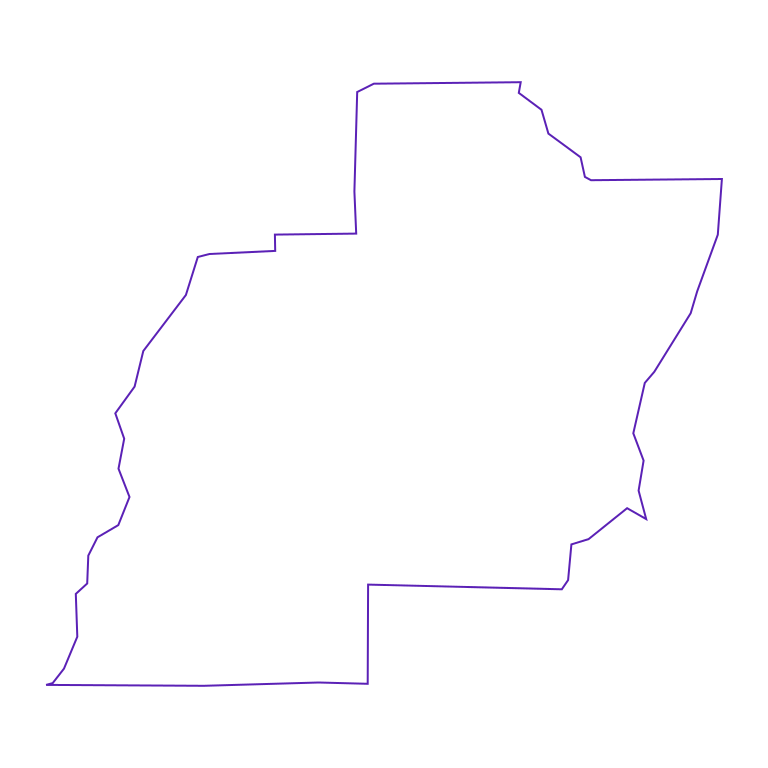 outline of Barbour, Alabama, United States of America
{"feature_id": "52423323B4191008526240", "entity_name": "Barbour", "entity_type": "district", "adm_level": 2, "iso_a3": "USA", "parent_name": "United States of America", "parent_adm1": "Alabama", "projection": "orthographic", "projection_center": [-85.401, 31.883], "detail": "fine", "context": "isolated", "style": "outline", "palette": "violet", "viewbox_px": 768, "rotation_deg": 0, "n_neighbors": 0, "source": "geoboundaries", "source_scale": "gbopen_adm2", "svg_char_len": 751}
<svg xmlns="http://www.w3.org/2000/svg" viewBox="0 0 768 768"><path d="M134.6,386.6L115.3,413.3L124.2,438.7L118.5,468.7L129.5,497.0L118.3,525.1L97.5,537.3L88.3,555.6L87.2,583.5L75.8,593.9L77.3,636.7L64.0,668.6L52.7,683.1L46.1,684.9L203.9,685.8L318.7,682.5L367.7,683.8L368.1,584.6L561.8,589.3L568.1,580.1L571.4,544.4L588.6,539.1L627.1,508.2L646.2,519.1L641.2,500.4L638.6,490.6L643.6,460.6L633.3,433.3L644.8,382.9L654.3,371.8L690.7,313.2L697.2,291.3L708.8,259.4L717.8,234.7L721.9,179.0L591.0,180.2L584.9,176.9L580.6,157.3L548.4,133.6L541.5,109.8L518.8,92.9L520.7,82.2L373.8,83.7L357.2,92.0L354.4,191.5L356.2,233.6L274.9,234.6L275.2,250.9L209.4,254.0L197.8,257.0L185.9,295.0L143.3,351.0L134.6,386.6Z" fill="none" stroke="#5b21b6" stroke-width="2"/></svg>